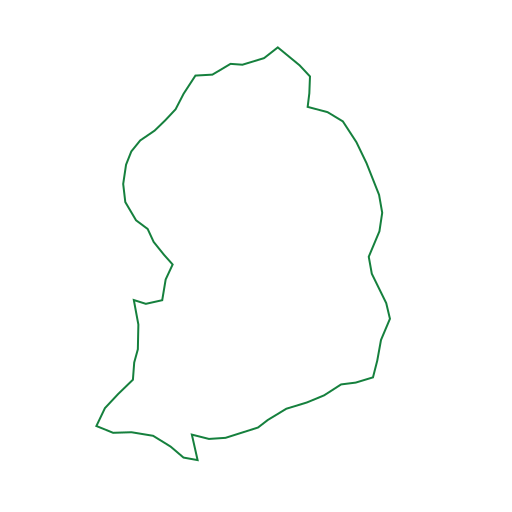 Vitória Brasil, São Paulo, Brazil (Robinson projection), rotated 187°
{"feature_id": "56859067B68345580713406", "entity_name": "Vitória Brasil", "entity_type": "district", "adm_level": 2, "iso_a3": "BRA", "parent_name": "Brazil", "parent_adm1": "São Paulo", "projection": "robinson", "projection_center": [-50.482, -20.199], "detail": "fine", "context": "isolated", "style": "outline", "palette": "green", "viewbox_px": 512, "rotation_deg": 187, "n_neighbors": 0, "source": "geoboundaries", "source_scale": "gbopen_adm2", "svg_char_len": 945}
<svg xmlns="http://www.w3.org/2000/svg" viewBox="0 0 512 512"><g transform="rotate(187 256 256)"><path d="M125.1,149.8L122.9,166.9L121.7,187.9L115.4,210.0L121.0,225.1L138.9,252.5L144.0,269.0L136.5,295.6L136.0,314.3L141.3,331.7L157.6,361.6L170.2,381.2L186.2,400.2L202.5,407.5L222.9,410.3L222.9,424.0L224.3,440.8L236.0,450.6L259.8,465.7L272.1,453.4L292.8,444.2L304.7,443.6L321.4,430.7L338.1,427.7L347.6,408.3L353.7,391.8L362.7,379.5L371.9,368.1L385.0,356.6L392.5,344.6L396.1,330.8L396.6,311.3L392.3,293.6L379.4,276.8L366.8,269.6L359.3,257.5L347.6,246.1L337.7,237.4L342.8,221.7L343.7,200.7L359.5,195.1L371.9,197.4L364.4,173.6L361.9,149.0L363.9,135.5L363.1,118.2L375.8,102.5L387.4,86.6L393.7,67.8L376.3,63.1L358.1,65.9L336.2,65.0L317.5,56.4L303.4,47.1L289.1,46.3L297.9,70.9L280.4,68.7L264.1,71.8L233.1,86.0L224.3,94.7L207.3,108.1L187.7,116.8L171.4,126.0L155.9,138.9L141.6,142.5L125.1,149.8Z" fill="none" stroke="#15803d" stroke-width="2"/></g></svg>